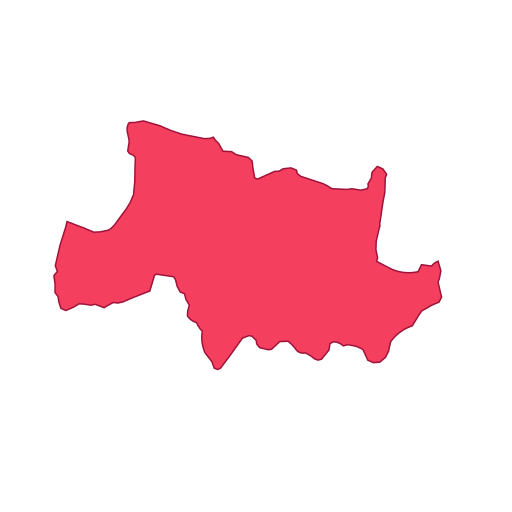 As-Sanamayn, Dar`a, Syria, rotated 207°
{"feature_id": "27442178B3893178613366", "entity_name": "As-Sanamayn", "entity_type": "district", "adm_level": 2, "iso_a3": "SYR", "parent_name": "Syria", "parent_adm1": "Dar`a", "projection": "mercator", "projection_center": [36.188, 33.104], "detail": "fine", "context": "isolated", "style": "filled", "palette": "rose", "viewbox_px": 512, "rotation_deg": 207, "n_neighbors": 0, "source": "geoboundaries", "source_scale": "gbopen_adm2", "svg_char_len": 5900}
<svg xmlns="http://www.w3.org/2000/svg" viewBox="0 0 512 512"><g transform="rotate(207 256 256)"><path d="M202.3,178.1L199.8,180.0L195.9,190.6L188.7,194.6L183.6,193.3L179.0,191.4L178.8,191.3L178.6,191.2L178.4,191.1L178.2,190.9L177.9,190.8L177.6,190.7L177.4,190.6L177.2,190.5L177.1,190.4L176.9,190.4L176.6,190.3L176.4,190.2L176.0,190.1L175.8,190.1L175.7,190.0L175.3,190.0L175.1,189.9L174.9,189.9L174.7,189.9L174.3,189.9L174.0,189.9L173.8,189.9L173.5,189.9L173.4,189.9L173.2,189.9L172.9,189.9L172.8,190.0L172.6,190.0L172.3,190.0L172.1,190.1L171.9,190.1L171.6,190.2L171.4,190.3L171.2,190.3L170.7,190.5L170.3,190.7L170.1,190.8L169.9,190.9L169.6,191.0L169.4,191.1L169.1,191.3L168.9,191.5L168.7,191.6L168.5,191.8L168.4,191.9L168.2,192.1L162.0,191.9L157.1,190.9L153.5,191.4L150.8,193.7L148.3,205.2L150.3,211.6L148.2,214.6L144.8,215.9L141.0,216.2L137.3,215.6L135.4,217.4L133.4,218.8L129.2,220.1L124.5,221.2L118.4,221.3L109.0,213.9L102.9,214.3L97.4,217.7L94.6,224.6L94.7,231.8L95.5,234.2L97.1,240.9L97.0,241.5L96.9,242.0L96.7,242.8L96.6,243.6L96.4,244.2L96.4,244.4L96.2,245.0L96.1,245.5L95.9,246.3L95.8,246.5L95.7,246.8L95.6,247.3L95.4,247.8L95.2,248.4L95.1,248.6L95.0,249.1L94.9,249.4L94.8,249.6L94.6,250.1L94.5,250.4L94.3,250.9L94.2,251.2L93.9,251.7L93.7,252.2L93.6,252.4L93.4,252.9L93.3,253.1L93.1,253.4L93.0,253.6L92.8,254.1L92.5,254.6L92.3,255.1L92.1,255.3L91.8,255.8L91.6,256.3L91.3,256.7L91.0,257.2L90.9,257.4L90.7,257.7L90.4,258.1L90.1,258.6L89.8,259.0L89.5,259.5L89.2,259.9L89.0,260.1L88.7,260.5L88.3,261.0L88.0,261.4L87.7,261.8L87.3,262.2L87.1,262.4L86.8,262.9L86.4,263.3L86.0,263.7L85.9,263.9L85.5,264.3L85.1,264.6L84.4,272.9L84.2,276.3L83.3,282.6L80.6,286.4L77.1,291.9L72.0,298.0L72.0,303.6L82.1,315.6L82.2,318.5L84.5,326.7L90.7,333.2L91.3,334.1L91.5,333.9L91.7,333.7L91.9,333.5L92.0,333.3L92.2,333.1L92.3,332.8L92.5,332.6L92.6,332.4L92.8,332.1L93.0,331.9L93.1,331.7L93.3,331.5L93.4,331.2L93.5,331.0L93.6,330.8L93.8,330.5L93.9,330.3L94.0,330.1L94.1,329.8L94.2,329.6L94.3,329.3L94.4,329.0L94.5,328.8L94.6,328.5L94.6,328.3L94.7,328.0L94.8,327.7L94.9,327.2L95.0,326.7L104.6,323.4L104.4,315.7L104.6,315.5L104.9,315.3L105.3,315.0L105.8,314.6L106.0,314.4L106.3,314.2L106.7,313.9L107.0,313.7L107.3,313.5L107.8,313.2L108.2,312.9L108.7,312.6L109.1,312.3L109.4,312.1L109.7,311.9L110.2,311.6L110.6,311.4L110.9,311.2L111.2,311.0L111.7,310.8L112.0,310.6L112.3,310.4L112.7,310.3L113.1,310.0L113.6,309.8L113.9,309.7L114.4,309.5L114.8,309.3L115.2,309.1L115.6,309.0L116.1,308.8L116.4,308.6L116.7,308.5L117.2,308.3L117.6,308.2L118.1,308.0L118.4,307.9L118.9,307.8L119.4,307.6L120.1,307.4L120.4,307.3L120.9,307.2L121.3,307.1L121.7,307.0L122.2,306.9L122.6,306.8L123.1,306.7L123.5,306.6L124.0,306.5L124.4,306.4L124.9,306.4L125.3,306.3L125.7,306.2L126.2,306.2L126.8,306.1L127.3,306.0L127.9,306.0L128.5,305.9L129.0,305.9L129.6,305.9L130.2,305.8L130.8,305.8L146.2,306.0L146.8,309.5L152.1,316.2L155.6,323.8L159.0,337.4L159.1,338.8L160.5,341.1L161.2,343.5L167.4,361.8L170.1,371.2L176.3,384.3L176.7,388.1L182.6,391.2L188.6,390.9L190.6,383.3L188.6,377.8L189.0,371.1L187.5,369.1L187.4,366.5L192.4,362.3L201.0,359.5L205.4,356.5L219.1,350.4L223.8,350.9L228.9,350.9L240.0,349.2L252.4,347.3L256.7,348.2L258.9,350.9L264.8,350.4L271.4,346.1L274.0,342.0L277.9,339.8L281.5,335.3L289.5,325.3L292.6,325.0L299.0,333.4L302.5,338.8L307.6,340.4L319.5,337.3L325.1,337.9L333.0,334.4L338.6,338.1L339.3,338.6L340.1,339.2L345.4,341.0L347.9,342.5L350.4,339.9L355.4,337.1L377.4,330.9L388.7,329.2L400.9,328.4L417.5,325.3L421.2,322.6L424.0,320.3L429.5,317.3L429.8,315.3L429.2,312.5L428.5,310.5L427.1,308.3L421.9,301.9L420.6,299.6L420.2,298.1L418.0,291.4L415.7,290.0L413.5,289.9L410.9,290.1L408.3,288.9L408.0,288.6L404.5,281.0L397.9,267.5L395.5,261.4L393.0,255.2L392.4,246.8L392.9,239.6L396.2,219.4L397.8,214.3L399.6,211.7L406.2,206.5L411.4,203.6L420.9,202.9L422.1,202.9L425.6,202.4L436.2,201.3L440.0,200.9L438.6,195.0L435.5,176.6L430.4,156.2L426.0,152.1L426.1,151.4L426.3,150.8L426.4,150.1L426.6,149.4L426.7,148.7L426.9,148.0L427.0,147.4L427.1,146.6L422.1,139.5L418.5,132.2L414.0,130.0L410.8,125.6L406.1,120.8L400.7,121.1L395.4,127.5L392.1,132.9L388.1,134.8L380.6,137.3L377.5,139.9L367.8,141.0L365.2,145.3L362.0,149.8L357.7,151.4L353.9,154.5L346.3,163.6L334.7,176.6L337.6,192.3L337.3,193.3L336.2,194.7L320.0,200.1L316.9,198.3L312.5,193.2L307.2,189.5L302.6,189.9L298.6,185.4L293.1,182.0L291.9,176.1L290.4,172.4L289.3,171.1L286.9,170.1L286.6,170.0L286.3,169.9L285.9,169.9L285.5,169.8L285.2,169.7L284.9,169.6L284.5,169.6L284.2,169.5L283.9,169.5L283.5,169.5L283.2,169.4L282.8,169.4L282.4,169.4L282.1,169.4L281.7,169.4L281.4,169.4L281.1,169.4L280.7,169.4L280.4,169.4L280.0,169.5L279.7,169.5L279.4,169.5L278.9,169.6L278.6,169.7L278.4,169.5L278.1,169.2L277.9,169.0L277.7,168.8L277.3,168.6L277.1,168.4L276.8,168.2L276.6,168.0L276.3,167.8L276.1,167.6L275.8,167.5L275.5,167.3L275.3,167.1L275.0,167.0L274.7,166.8L274.4,166.7L274.2,166.5L273.9,166.3L273.6,166.2L273.3,166.1L273.0,165.9L272.7,165.7L272.4,165.6L272.1,165.5L271.8,165.4L271.4,165.2L271.1,165.1L270.8,165.0L270.5,164.9L270.2,164.8L269.9,164.7L269.6,164.6L269.5,164.2L269.4,163.7L269.1,163.1L269.1,162.9L268.9,162.5L268.8,162.3L268.7,161.8L268.5,161.4L268.3,161.0L268.2,160.8L268.1,160.4L267.9,160.0L267.7,159.6L267.6,159.4L267.4,159.0L267.3,158.8L267.1,158.4L266.9,158.0L266.8,157.8L266.5,157.4L266.3,157.0L266.1,156.6L266.0,156.4L265.9,156.2L265.6,155.8L265.4,155.4L265.3,155.2L265.0,154.9L264.8,154.5L264.6,154.3L264.4,153.9L264.1,153.6L263.8,153.2L263.6,152.9L263.4,152.7L263.2,152.3L262.9,152.0L262.7,151.8L262.6,151.6L262.3,151.3L262.0,151.0L261.5,150.5L261.2,150.1L260.9,149.8L260.6,149.5L260.1,149.0L259.8,148.7L259.5,148.4L259.0,147.9L258.6,147.6L258.1,147.2L257.8,146.9L257.2,146.5L247.3,141.8L242.3,137.1L238.6,137.5L236.7,139.9L233.8,156.6L230.8,176.6L226.2,181.8L223.1,182.7L217.4,180.8L215.4,177.9L211.1,176.0L202.3,178.1Z" fill="#f43f5e" stroke="#9f1239" stroke-width="1.5"/></g></svg>